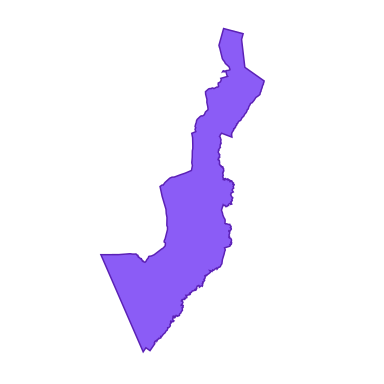 Narok South, Rift Valley, Kenya, rotated 34°
{"feature_id": "3690345B7468975008705", "entity_name": "Narok South", "entity_type": "district", "adm_level": 2, "iso_a3": "KEN", "parent_name": "Kenya", "parent_adm1": "Rift Valley", "projection": "robinson", "projection_center": [35.805, -1.359], "detail": "fine", "context": "isolated", "style": "filled", "palette": "violet", "viewbox_px": 384, "rotation_deg": 34, "n_neighbors": 0, "source": "geoboundaries", "source_scale": "gbopen_adm2", "svg_char_len": 6075}
<svg xmlns="http://www.w3.org/2000/svg" viewBox="0 0 384 384"><g transform="rotate(34 192 192)"><path d="M133.6,56.5L133.7,56.4L142.6,64.5L144.1,65.2L146.1,65.8L147.8,66.8L152.7,67.5L154.8,69.0L155.1,69.5L154.0,71.0L152.9,71.8L152.7,72.5L152.4,72.5L152.0,73.1L151.5,73.4L151.4,73.9L150.3,73.9L150.0,74.6L150.1,75.1L150.4,74.5L151.4,74.5L151.7,73.8L152.8,73.5L153.4,73.7L155.5,75.6L156.9,76.2L152.3,81.7L153.0,82.1L153.7,83.1L153.9,85.0L152.8,87.0L153.7,88.4L154.8,89.3L155.0,89.8L154.6,90.7L153.8,91.2L152.4,94.0L151.2,94.1L150.5,94.5L150.1,95.5L148.9,96.3L148.1,97.3L147.1,101.3L148.6,103.3L152.6,106.9L154.2,109.4L157.2,112.3L158.9,114.2L159.2,115.0L158.4,118.1L159.0,121.0L158.4,122.7L157.9,123.3L157.1,123.7L156.6,124.8L155.7,128.9L155.9,130.4L156.7,132.0L157.0,133.5L157.9,136.0L159.2,136.7L159.4,138.3L161.4,139.8L159.0,143.5L162.1,146.6L166.8,153.2L168.4,155.6L169.2,157.6L172.8,163.1L175.5,167.9L177.6,169.9L179.4,174.2L179.4,174.6L175.8,180.2L172.8,184.1L168.9,189.6L167.1,190.9L165.8,193.0L164.3,199.2L164.2,202.3L163.3,202.9L162.4,205.3L169.7,212.3L180.1,220.9L182.8,224.4L185.5,227.1L189.7,233.6L190.3,234.2L191.1,234.5L192.7,236.9L195.9,245.8L196.2,247.8L196.7,248.8L197.0,249.1L197.8,249.0L198.5,249.2L199.8,251.4L199.8,252.6L199.2,255.5L198.8,255.9L195.7,265.2L194.1,267.8L192.4,269.3L192.2,269.7L192.6,271.3L192.4,273.1L192.6,275.5L192.3,276.6L191.0,276.8L190.5,276.5L190.3,277.0L189.2,276.9L188.8,276.3L187.9,276.2L187.3,275.6L186.6,276.2L185.8,275.8L184.1,276.0L183.9,275.5L183.3,275.6L182.7,274.8L182.1,275.1L182.0,274.9L180.3,274.7L177.8,276.5L175.2,277.8L166.0,285.1L151.5,294.9L240.9,351.8L240.9,346.9L245.9,347.0L246.0,338.6L245.2,338.3L244.9,337.0L245.2,336.9L245.0,336.0L245.4,335.6L245.7,334.5L246.2,335.0L246.1,333.9L246.3,331.8L246.5,331.7L246.7,332.1L247.7,330.3L246.9,329.3L247.6,329.1L247.8,325.8L248.4,323.8L248.2,321.9L248.7,320.4L248.2,318.7L247.7,318.1L248.5,317.5L248.9,315.8L248.5,314.5L247.8,314.2L247.7,313.8L247.9,312.0L247.4,312.2L246.8,311.5L247.0,311.2L246.7,310.9L248.9,310.0L249.1,309.0L248.5,309.1L247.0,308.2L246.8,307.5L245.8,305.6L246.5,304.9L246.9,304.9L247.3,306.2L247.6,306.3L248.1,305.7L247.8,303.2L248.7,302.9L249.3,303.3L250.6,301.4L250.2,300.9L250.0,300.2L250.1,299.2L250.4,298.6L250.0,297.0L250.3,295.6L248.6,293.4L249.0,293.1L249.1,292.7L248.7,292.4L248.3,291.1L248.0,291.0L246.5,292.1L246.2,291.1L246.6,290.7L246.2,288.6L245.0,287.8L244.6,288.2L244.1,288.3L244.0,288.0L244.0,286.7L245.8,285.3L245.2,284.7L245.1,284.3L246.1,284.1L246.3,282.7L246.7,282.4L246.4,281.8L245.7,281.8L244.7,281.1L245.5,280.6L246.8,279.1L246.7,277.6L247.6,278.1L247.7,277.6L247.0,276.2L247.6,275.5L247.6,273.8L248.7,272.9L249.0,271.1L249.7,271.7L250.1,271.3L249.9,269.3L249.3,268.8L249.0,267.0L249.6,266.6L249.6,266.0L250.0,265.6L250.8,265.9L251.4,266.7L252.0,265.0L252.6,264.3L253.2,264.3L252.8,263.0L251.8,262.3L251.8,261.9L252.1,261.6L251.2,260.6L251.4,260.3L251.8,260.2L251.8,258.2L251.4,258.1L251.1,257.3L250.8,257.4L251.0,256.3L250.4,254.9L249.6,254.4L249.9,254.1L249.7,254.0L249.8,253.6L250.8,253.3L250.9,253.0L250.5,252.8L251.5,250.6L252.1,248.5L251.8,247.5L250.8,247.2L251.5,246.9L252.2,247.1L252.3,246.8L253.0,246.7L252.9,245.9L252.8,245.2L253.3,245.3L253.6,244.9L253.9,244.2L254.2,242.8L254.9,241.4L255.9,242.0L256.1,239.5L256.8,239.0L257.2,238.0L256.9,236.8L256.9,234.8L255.0,231.0L253.3,225.4L252.4,223.2L252.0,221.4L250.2,220.1L253.6,215.9L253.7,215.0L252.9,214.4L253.6,214.0L253.8,213.3L253.2,211.9L252.7,212.0L252.9,212.5L252.5,212.3L252.2,211.6L252.3,211.0L251.6,209.7L250.1,208.8L249.3,208.8L248.8,209.2L247.8,208.8L248.0,208.3L247.8,207.7L247.4,207.7L246.7,206.9L246.2,204.9L245.7,204.4L244.4,203.9L244.3,203.6L245.1,203.6L245.4,203.3L245.1,202.6L245.4,201.6L245.3,200.7L244.6,200.0L243.8,200.1L243.8,198.9L242.9,198.4L242.3,198.3L241.4,197.7L240.6,198.4L238.4,199.0L238.0,199.5L236.9,199.6L235.4,197.1L234.6,196.2L232.8,195.4L230.4,193.8L228.9,192.3L226.6,190.6L225.0,185.2L225.8,185.5L226.3,185.2L226.6,184.6L228.3,185.2L228.6,184.6L229.0,184.5L229.2,183.2L229.9,182.7L229.3,181.9L229.6,180.6L230.2,180.0L231.0,180.6L231.7,179.8L229.8,178.5L230.1,178.0L230.1,176.5L229.3,176.1L229.2,174.6L228.8,173.8L227.9,173.9L225.6,172.7L225.5,171.7L225.0,171.1L226.2,168.9L224.4,168.1L224.1,167.7L224.0,166.9L224.4,165.5L223.1,164.5L222.9,162.3L222.7,162.2L222.1,162.8L221.7,162.8L221.3,162.4L221.3,161.4L219.9,161.2L218.8,160.6L217.8,160.9L217.7,161.1L218.2,161.6L217.6,162.1L217.2,161.4L216.5,161.0L215.8,161.2L215.4,161.9L214.9,161.2L214.5,161.1L214.0,161.4L213.9,162.0L213.3,162.4L212.3,162.1L212.0,162.2L211.6,162.7L211.6,163.1L212.2,163.8L210.9,164.2L210.6,163.5L210.0,162.9L209.5,162.8L209.2,162.1L208.6,161.8L208.6,160.7L207.1,159.5L207.1,158.9L206.7,158.7L206.8,158.2L206.5,157.9L206.6,156.7L205.9,156.2L205.3,155.1L204.2,154.8L204.0,154.3L203.6,154.2L203.3,153.9L202.5,154.6L202.0,154.2L201.8,154.5L201.1,154.1L200.5,154.1L200.4,153.9L199.7,153.9L198.9,153.4L198.8,152.7L198.7,152.5L198.4,152.2L197.2,150.7L196.8,150.4L196.2,150.8L195.5,150.6L195.5,150.0L195.0,149.2L195.4,148.8L195.2,148.2L195.5,147.5L194.6,147.0L194.6,146.6L194.1,145.5L193.2,145.5L193.0,145.1L191.5,144.4L191.2,143.8L191.2,143.5L190.7,142.7L191.0,142.6L191.0,142.2L190.4,141.9L190.5,139.2L190.2,139.2L188.8,136.7L189.1,135.7L188.4,135.4L188.4,134.8L187.4,133.9L187.0,132.7L186.7,132.3L185.7,131.7L185.2,131.1L183.7,130.5L183.9,129.8L183.5,129.0L183.7,126.7L194.4,124.2L193.5,123.1L192.7,122.6L192.7,122.0L192.3,121.7L192.2,121.0L191.9,120.5L191.9,117.6L191.3,116.4L191.6,116.3L191.5,115.9L191.8,115.2L191.5,114.9L191.8,113.8L191.4,112.9L191.6,111.2L191.0,110.7L191.5,109.5L191.2,108.5L191.5,106.4L192.0,106.0L192.3,105.2L192.0,103.3L192.1,102.9L191.9,102.5L192.5,100.4L192.2,98.2L192.5,95.8L192.2,94.0L191.8,92.8L192.2,91.7L191.4,89.4L191.3,87.0L191.0,86.3L191.4,85.0L191.9,84.4L192.2,81.3L192.1,77.9L193.1,75.5L193.8,73.2L193.0,71.4L192.9,70.0L192.3,68.7L191.8,66.4L191.1,64.6L190.8,62.4L190.3,61.8L190.3,61.1L189.7,59.6L166.1,59.1L147.8,37.8L145.9,32.2L126.8,38.8L132.3,55.3L133.6,56.5Z" fill="#8b5cf6" stroke="#5b21b6" stroke-width="1.5"/></g></svg>